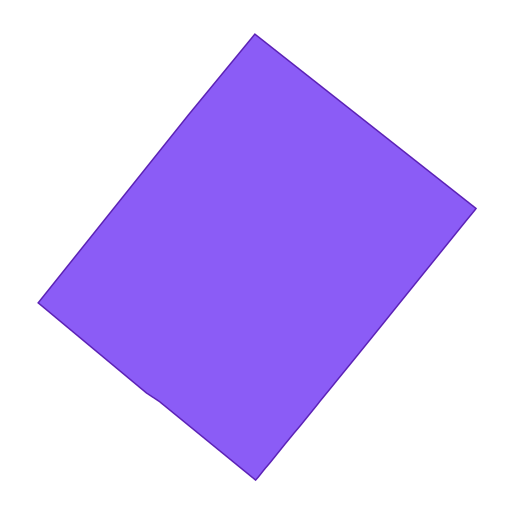 outline of Red Willow, Nebraska, United States of America, rotated 309°
{"feature_id": "52423323B41547388683748", "entity_name": "Red Willow", "entity_type": "district", "adm_level": 2, "iso_a3": "USA", "parent_name": "United States of America", "parent_adm1": "Nebraska", "projection": "albers", "projection_center": [-100.534, 40.177], "detail": "fine", "context": "isolated", "style": "filled", "palette": "violet", "viewbox_px": 512, "rotation_deg": 309, "n_neighbors": 0, "source": "geoboundaries", "source_scale": "gbopen_adm2", "svg_char_len": 546}
<svg xmlns="http://www.w3.org/2000/svg" viewBox="0 0 512 512"><g transform="rotate(309 256 256)"><path d="M81.6,396.7L85.7,396.9L94.0,396.8L97.4,396.8L99.5,396.9L104.9,397.0L128.2,396.9L142.6,397.0L151.8,397.2L179.3,397.2L183.1,397.1L200.2,397.2L209.7,397.2L234.9,397.3L249.7,397.3L256.0,397.3L256.7,397.3L261.1,397.3L274.5,397.3L279.5,397.3L309.8,397.2L407.9,397.1L409.2,397.1L417.9,397.1L429.3,397.2L431.4,397.1L427.7,115.5L323.6,114.7L82.5,116.2L80.6,257.2L82.1,272.3L81.6,396.7Z" fill="#8b5cf6" stroke="#5b21b6" stroke-width="1.5"/></g></svg>